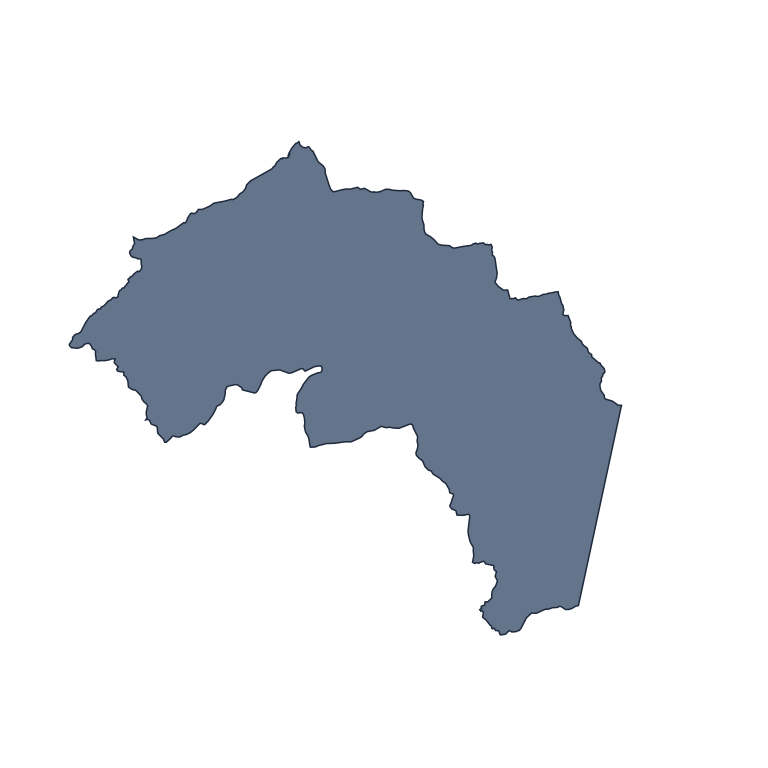 outline of Calima, Valle del Cauca, Colombia, rotated 217°
{"feature_id": "7082276B94395141643556", "entity_name": "Calima", "entity_type": "district", "adm_level": 2, "iso_a3": "COL", "parent_name": "Colombia", "parent_adm1": "Valle del Cauca", "projection": "equal_earth", "projection_center": [-76.599, 3.955], "detail": "fine", "context": "isolated", "style": "filled", "palette": "slate", "viewbox_px": 768, "rotation_deg": 217, "n_neighbors": 0, "source": "geoboundaries", "source_scale": "gbopen_adm2", "svg_char_len": 6168}
<svg xmlns="http://www.w3.org/2000/svg" viewBox="0 0 768 768"><g transform="rotate(217 384 384)"><path d="M552.7,211.9L551.6,213.3L550.5,213.8L549.5,213.9L545.9,211.9L540.5,213.4L538.8,212.7L535.5,208.9L534.5,208.4L527.3,207.4L524.1,205.5L522.8,206.4L521.7,212.3L521.7,214.9L520.7,216.0L518.6,216.5L515.3,218.7L513.4,222.5L511.6,224.4L509.5,228.3L508.4,232.7L507.3,241.7L505.8,242.8L503.7,243.0L502.7,243.7L502.1,248.8L502.3,257.0L503.3,262.7L504.1,265.2L504.1,265.9L502.4,268.9L502.2,273.5L502.5,275.3L505.3,281.3L506.9,283.2L507.7,287.2L506.7,289.0L502.3,294.2L500.3,295.2L495.4,295.4L493.5,294.1L482.0,298.9L481.1,300.0L480.9,302.8L482.2,309.9L483.2,313.1L483.7,318.7L483.0,323.6L481.9,326.9L475.7,332.5L466.6,335.3L464.5,337.3L459.3,346.5L458.2,347.3L454.7,346.8L450.1,355.8L446.9,359.2L445.4,360.2L443.9,360.1L442.8,359.2L441.3,356.6L441.7,355.0L443.8,352.8L447.2,347.1L448.2,344.0L448.2,334.8L447.4,330.6L447.1,324.5L446.5,322.3L445.4,321.1L442.4,315.3L441.3,314.5L440.4,312.1L437.4,308.9L435.4,308.9L432.4,311.8L429.9,311.1L427.3,309.1L423.8,305.3L422.2,302.3L420.3,300.6L417.7,298.4L413.5,296.7L411.0,295.0L405.2,289.3L404.4,289.4L400.8,292.6L399.4,295.2L394.1,301.8L387.7,307.0L380.7,314.0L375.4,318.1L370.9,326.3L370.1,328.7L370.0,332.3L368.7,335.9L363.9,341.1L360.8,348.5L356.0,350.4L353.0,353.2L350.7,354.1L345.4,357.6L339.4,367.2L338.2,368.3L336.3,368.3L333.9,366.4L325.4,362.2L323.3,358.4L319.7,355.2L318.2,351.9L317.4,349.0L316.4,347.4L315.0,346.5L311.7,345.8L306.9,345.8L301.6,342.7L296.5,341.9L295.5,342.6L293.5,342.7L290.4,341.6L282.6,342.3L279.1,341.6L274.6,341.7L268.5,339.1L266.4,337.0L265.4,336.7L262.7,337.8L261.1,336.4L260.1,332.4L259.4,331.1L258.1,326.3L257.6,325.8L254.6,325.0L250.3,326.1L246.8,323.2L241.3,327.1L238.4,330.7L237.1,330.8L235.9,330.0L228.6,317.4L225.9,314.4L219.9,309.6L214.2,307.2L212.5,304.7L208.9,300.8L206.0,294.9L203.4,295.3L202.4,297.2L200.4,297.9L200.0,299.3L197.7,302.4L196.9,302.6L194.7,301.5L187.5,304.8L186.5,304.6L185.6,303.1L184.1,301.9L181.2,301.8L179.5,297.3L174.9,295.0L173.3,290.0L173.4,286.2L172.7,283.1L170.7,279.9L169.2,278.5L170.0,272.4L172.2,270.8L170.6,268.2L172.5,265.0L172.4,264.4L171.0,263.9L171.8,261.4L169.8,260.8L169.4,261.9L168.6,262.0L167.0,261.1L165.0,257.1L160.4,256.9L153.8,255.2L152.7,255.4L150.5,253.6L149.9,253.8L149.0,255.3L146.5,254.3L144.0,255.9L140.4,253.7L139.7,253.8L136.3,257.5L135.7,262.4L132.5,263.0L129.4,265.8L129.3,266.4L127.7,268.5L127.5,271.1L129.5,283.0L128.4,289.6L124.3,292.7L119.5,301.4L117.2,303.1L115.0,306.5L111.2,309.8L109.9,312.2L108.3,312.9L103.4,313.1L100.7,315.2L99.0,317.5L97.2,321.9L95.4,324.1L181.5,509.9L184.1,508.0L191.2,507.8L198.0,505.3L199.6,505.5L201.2,507.5L207.2,509.4L210.2,512.2L211.7,514.3L211.9,517.0L214.2,519.6L214.0,521.3L215.2,524.1L214.6,525.5L215.1,527.0L217.6,528.9L221.8,529.6L224.3,530.8L225.2,530.1L234.5,530.7L235.9,532.5L239.6,532.3L243.3,535.0L247.5,535.0L250.3,535.6L252.0,536.9L257.4,537.1L262.9,538.3L268.0,541.2L268.8,542.5L270.6,543.2L271.7,545.4L278.2,549.5L280.9,547.3L283.2,547.2L285.1,551.7L286.5,552.5L288.4,554.5L290.1,554.8L295.9,559.3L297.9,560.1L300.4,562.5L303.1,560.1L304.9,557.6L307.3,555.5L308.2,553.7L310.6,551.6L312.9,547.5L314.3,546.1L315.9,545.5L320.4,540.9L321.5,538.1L322.3,537.1L324.2,536.2L327.3,531.8L329.0,531.4L330.9,532.0L332.2,530.0L334.7,528.0L341.8,533.5L345.0,530.9L351.2,530.7L355.9,531.8L356.8,532.5L357.8,536.1L360.4,540.7L371.2,551.3L373.0,552.1L375.1,552.1L376.8,554.7L378.5,555.6L379.9,558.5L382.6,559.9L384.0,558.0L385.7,557.6L386.5,556.4L389.6,556.5L392.8,553.4L393.6,551.6L395.3,551.9L397.1,549.6L397.8,547.2L403.4,541.7L409.3,535.1L411.3,534.0L415.0,533.9L421.1,529.8L424.9,528.2L430.7,529.4L435.3,529.6L440.7,529.0L442.4,529.5L444.8,531.3L448.1,535.3L452.5,538.4L454.4,540.5L458.6,547.2L460.0,550.3L461.6,551.7L462.3,553.6L465.3,553.2L470.0,550.7L472.4,550.3L478.0,552.7L480.6,552.8L483.6,551.2L488.1,547.6L493.8,543.9L496.9,542.7L500.0,540.4L502.5,535.8L504.8,533.1L507.1,531.4L507.5,531.6L508.6,530.3L510.2,529.5L517.4,528.5L519.9,525.4L523.5,525.2L528.2,519.3L531.3,517.2L534.1,514.3L539.1,508.0L540.7,506.8L544.0,507.6L547.3,509.6L557.7,517.0L560.4,520.2L563.8,521.6L570.2,521.8L580.9,527.2L582.7,526.9L586.4,528.2L587.3,527.9L588.8,525.4L591.6,524.1L595.4,524.5L597.2,526.2L597.9,526.3L598.0,525.0L599.2,523.1L599.6,517.5L598.9,511.6L598.6,511.9L598.1,511.3L598.3,510.7L597.1,509.9L597.6,509.1L598.4,510.1L597.9,508.5L596.8,507.7L598.4,505.2L601.0,503.7L600.8,502.5L602.2,502.0L603.0,496.4L602.7,493.4L602.2,492.4L603.0,491.1L603.0,488.4L612.8,466.0L613.6,460.5L612.3,456.8L612.2,453.1L613.7,448.5L613.7,445.6L614.2,443.1L615.9,440.1L617.0,439.7L621.5,433.9L628.6,426.2L630.4,420.9L634.1,414.2L637.4,411.6L637.1,408.4L637.9,406.0L640.6,404.6L641.1,403.4L640.7,398.3L640.0,396.4L639.5,393.1L641.1,392.2L643.9,383.0L646.8,377.6L649.3,371.5L652.5,367.3L653.5,364.3L655.4,361.9L662.0,356.6L663.3,354.4L666.3,351.5L672.6,350.6L667.6,345.9L667.5,343.2L666.3,340.3L666.9,337.7L666.3,335.8L663.4,334.1L661.2,334.0L657.1,335.8L656.1,335.7L654.0,337.2L652.7,337.1L650.3,333.9L647.9,331.8L647.0,329.6L646.9,328.1L647.4,326.1L648.6,325.9L649.3,323.9L650.0,320.7L650.0,318.7L651.0,316.9L651.0,314.9L651.5,313.9L651.3,313.3L649.2,312.1L649.6,309.8L649.3,308.2L649.6,307.1L649.5,304.5L650.8,302.8L650.6,300.9L651.4,299.5L650.1,295.4L649.0,293.7L650.2,290.9L651.7,290.9L652.6,289.6L652.7,286.9L654.2,284.3L654.6,278.3L656.1,275.1L655.6,273.3L657.0,272.3L657.7,270.7L657.3,267.2L658.4,265.6L658.5,263.0L659.3,261.6L659.5,260.4L659.3,253.8L657.5,243.2L658.3,240.7L660.1,238.2L660.6,236.6L660.7,233.7L659.4,232.2L659.2,226.3L658.2,225.4L655.4,224.9L649.9,228.4L647.5,232.0L647.0,235.2L646.3,237.0L643.7,239.1L639.8,237.9L638.2,236.6L636.0,237.1L633.9,236.5L632.8,234.6L627.8,229.5L625.2,231.1L624.6,232.0L620.8,234.8L617.5,238.5L616.8,240.1L614.0,242.2L612.4,238.8L606.6,237.7L606.3,234.8L605.7,234.3L603.9,234.1L599.0,236.9L597.0,234.4L594.5,234.5L590.4,232.3L586.3,227.8L582.7,227.9L580.2,228.6L579.2,229.4L577.3,229.4L570.5,228.2L568.2,226.3L565.3,225.3L561.5,225.1L559.6,224.2L557.1,218.7L555.5,216.5L553.4,215.0L552.9,214.1L552.7,211.9Z" fill="#64748b" stroke="#1e293b" stroke-width="1.5"/></g></svg>